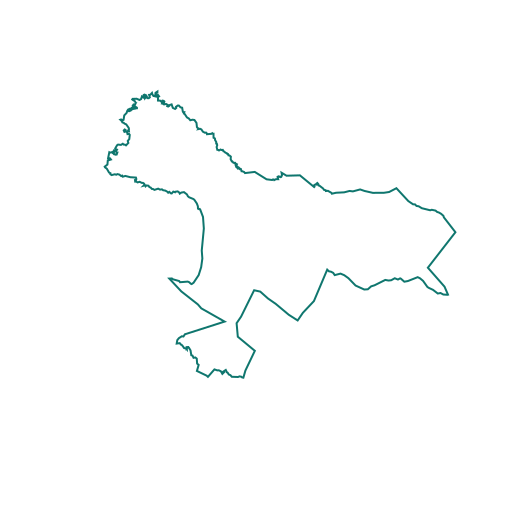 Norðurþing, Norðurland eystra, Iceland (orthographic projection), rotated 300°
{"feature_id": "244011B18729557885943", "entity_name": "Norðurþing", "entity_type": "district", "adm_level": 2, "iso_a3": "ISL", "parent_name": "Iceland", "parent_adm1": "Norðurland eystra", "projection": "orthographic", "projection_center": [-16.378, 66.009], "detail": "fine", "context": "isolated", "style": "outline", "palette": "teal", "viewbox_px": 512, "rotation_deg": 300, "n_neighbors": 0, "source": "geoboundaries", "source_scale": "gbopen_adm2", "svg_char_len": 5997}
<svg xmlns="http://www.w3.org/2000/svg" viewBox="0 0 512 512"><g transform="rotate(300 256 256)"><path d="M347.3,113.1L345.2,112.1L344.3,112.9L342.9,112.4L342.7,109.9L345.1,107.1L342.8,105.1L342.4,105.7L341.5,105.2L341.4,104.2L342.7,104.1L342.7,102.1L341.3,100.6L341.2,100.0L341.4,99.1L341.1,98.4L342.5,98.3L342.7,99.1L342.5,99.7L344.0,99.4L344.2,98.5L343.8,97.3L342.1,97.4L342.6,96.5L342.4,96.2L342.6,95.2L341.6,93.4L344.7,91.6L345.8,92.2L346.5,90.5L345.7,89.7L344.3,90.3L343.6,88.2L344.3,88.9L346.9,87.9L348.2,88.9L349.1,88.4L347.1,87.4L344.8,88.4L343.8,88.1L343.3,87.2L344.2,85.4L345.2,84.4L342.7,83.8L342.1,82.9L340.3,84.7L339.0,84.2L338.4,83.0L339.0,81.7L339.5,81.6L339.3,80.7L340.2,80.4L340.0,78.7L339.4,78.3L337.8,79.8L339.1,80.8L339.2,81.4L337.2,81.0L337.8,80.6L336.9,79.7L336.9,79.0L337.7,79.6L337.4,77.4L334.4,78.0L332.9,77.1L332.5,74.0L330.4,70.6L329.3,70.5L329.0,70.6L329.6,70.7L329.5,73.7L328.5,75.3L327.1,75.5L325.2,74.1L324.3,74.3L324.2,75.0L324.5,74.3L326.7,75.5L325.1,75.6L324.9,78.7L324.4,79.0L323.5,77.7L323.7,77.0L323.1,77.5L322.0,76.2L322.3,75.7L321.5,75.4L322.0,75.0L321.4,74.3L320.4,74.0L320.4,74.9L319.6,74.9L318.1,73.9L317.1,72.0L315.2,72.4L311.9,71.6L307.7,73.2L306.9,72.7L306.8,70.9L306.2,70.4L305.9,71.9L304.9,73.5L305.2,74.9L304.9,75.9L305.1,77.8L303.3,81.7L302.3,82.6L300.4,82.5L301.5,82.8L300.4,83.7L298.7,80.5L299.8,80.0L299.9,80.8L299.9,79.0L298.6,78.7L297.7,80.0L298.9,81.1L298.7,82.5L297.3,83.8L298.3,85.0L297.8,86.1L293.9,87.8L291.5,87.4L290.1,88.9L286.8,88.1L286.9,86.7L286.3,85.7L286.6,84.5L284.7,83.5L283.5,80.8L282.4,80.3L278.8,80.3L278.4,81.5L278.6,82.4L276.5,82.4L275.9,83.7L276.2,84.2L274.2,84.6L273.5,83.7L273.4,83.1L273.6,82.9L273.2,82.1L273.5,81.8L273.5,80.7L274.2,80.7L274.3,79.7L272.5,77.9L272.5,77.1L266.5,79.1L266.4,79.7L267.3,79.9L267.6,80.7L267.0,82.1L264.6,79.9L260.9,81.6L257.7,80.3L257.3,80.9L257.0,83.2L254.8,87.0L254.9,88.6L254.0,89.0L253.9,90.5L256.2,92.9L256.5,94.3L257.6,95.0L258.2,97.0L257.8,99.3L258.7,99.9L258.1,101.0L260.0,102.8L261.4,107.8L263.9,112.8L262.8,113.9L261.6,114.1L261.2,113.3L260.0,114.2L260.6,115.1L260.5,116.6L262.1,118.2L262.2,120.5L262.8,121.5L262.7,122.9L261.1,125.5L262.3,125.8L263.1,127.7L262.4,129.2L262.6,130.6L262.0,132.3L262.5,133.2L262.5,135.0L265.4,137.6L265.5,139.7L266.7,141.2L266.5,142.6L267.3,144.8L267.3,147.3L266.9,148.3L268.2,148.9L267.7,150.9L268.0,151.7L270.4,152.2L270.9,154.9L270.9,154.1L271.4,154.1L272.8,155.9L272.6,157.7L271.9,158.8L273.6,159.6L275.3,161.7L274.8,165.4L273.7,167.1L273.4,168.7L274.0,173.0L273.9,174.4L271.9,178.5L270.0,180.8L268.0,182.1L268.1,183.3L268.6,183.7L268.3,184.5L263.3,190.6L253.7,197.1L233.6,206.3L227.0,210.8L218.9,214.1L210.8,215.9L201.6,215.3L199.5,214.3L199.4,213.3L199.9,211.2L199.7,209.7L195.3,203.3L195.9,202.0L194.3,195.7L194.5,194.4L193.1,192.2L188.0,209.0L185.0,229.9L183.3,234.8L183.5,261.6L152.7,233.6L150.0,233.4L149.4,231.9L146.3,230.3L143.8,229.9L140.5,231.1L142.4,233.5L141.7,235.3L141.9,235.9L141.4,237.5L140.3,239.8L140.9,241.5L140.5,242.8L142.4,241.5L143.0,242.4L142.2,242.5L142.9,242.8L143.0,243.8L141.5,246.5L137.7,249.6L138.0,250.8L136.6,252.8L137.8,254.2L137.5,256.0L133.4,258.8L133.0,260.8L126.9,262.3L127.7,273.1L127.3,274.8L137.0,276.7L137.6,279.7L138.4,280.9L138.6,283.2L137.1,285.8L139.2,286.4L139.2,285.3L142.2,286.8L140.7,289.0L140.8,289.8L139.8,291.6L140.0,293.5L139.3,295.4L142.2,300.9L143.5,301.9L144.1,303.6L143.9,304.7L144.3,305.9L151.5,304.1L173.3,302.4L177.0,280.6L188.1,272.8L196.0,273.4L225.4,271.5L227.3,277.5L225.2,287.6L224.4,297.1L221.5,313.7L221.0,324.3L230.3,325.0L245.9,328.7L279.8,324.5L279.2,326.8L279.9,328.8L280.0,331.3L278.8,333.7L283.0,338.0L283.5,342.0L283.0,347.1L280.2,357.0L281.1,366.5L283.1,369.5L287.3,370.9L289.9,373.3L299.9,379.9L301.0,383.0L302.6,385.2L306.1,387.3L306.6,390.7L308.7,392.0L308.8,392.8L307.9,397.3L310.3,400.1L318.5,406.6L318.7,409.1L318.0,413.1L314.9,419.9L314.8,421.6L315.2,426.2L314.4,432.2L316.2,434.3L316.3,437.5L318.2,441.3L318.5,441.6L323.7,434.6L331.8,410.7L376.3,416.8L383.4,399.4L384.5,398.2L385.1,395.2L385.1,392.5L384.7,390.9L385.1,388.8L383.9,385.1L382.7,384.0L380.3,375.7L380.4,372.0L379.6,370.0L380.2,367.9L379.3,366.2L379.7,360.5L384.9,343.7L378.0,339.3L374.8,335.3L369.1,325.6L366.6,317.5L365.7,312.9L360.4,307.6L359.1,304.5L355.2,300.5L350.8,293.7L347.9,290.6L348.4,289.9L348.4,285.7L347.2,284.0L347.8,283.4L347.3,281.8L348.0,280.4L348.6,276.1L348.4,275.0L349.4,274.1L349.9,272.6L348.8,272.2L348.2,272.9L347.4,271.5L346.0,270.8L345.3,272.0L344.8,271.9L347.8,253.7L340.8,242.3L340.9,236.5L339.0,238.1L337.1,238.3L336.6,237.9L336.7,236.9L336.2,236.6L336.2,235.6L335.3,235.1L333.6,236.8L332.5,234.9L330.8,233.8L331.1,233.1L330.8,232.4L329.9,232.0L327.7,226.8L328.2,212.9L322.3,205.0L322.8,203.8L322.5,201.5L322.2,201.1L323.8,199.3L323.5,198.6L323.7,197.9L323.1,198.0L323.2,196.6L322.8,196.4L323.7,195.2L323.1,195.1L323.2,194.4L324.0,193.5L324.3,194.2L324.4,193.6L325.9,193.6L325.9,192.7L325.3,192.4L326.2,191.4L325.6,190.7L325.8,190.3L325.5,189.6L326.1,188.2L325.8,187.8L327.1,185.7L329.5,184.5L329.8,182.7L329.4,181.8L330.3,180.8L330.0,180.1L330.4,179.6L330.2,177.7L330.6,176.3L330.4,175.4L331.3,174.2L330.5,173.1L330.5,172.1L328.9,171.2L329.0,170.4L328.6,169.4L330.7,167.4L332.6,167.0L333.7,165.9L333.5,165.3L334.9,164.5L336.0,162.5L336.9,162.0L337.3,161.4L337.2,160.1L340.6,158.1L340.3,157.7L340.5,156.7L339.6,156.4L337.0,152.7L337.5,152.4L337.9,151.0L337.2,150.1L337.1,147.9L338.3,145.4L338.2,144.0L337.2,142.8L337.7,142.9L337.7,141.3L338.1,140.4L341.5,137.9L343.0,134.7L342.3,132.9L340.7,131.2L341.5,129.1L341.5,126.9L343.3,123.3L343.3,122.4L344.7,122.0L344.1,121.1L344.5,120.4L347.5,117.9L347.0,116.3L347.7,114.0L347.3,113.1ZM318.8,72.0L317.8,72.0L319.6,72.9L319.1,73.1L319.4,73.4L321.1,73.6L318.8,72.0ZM277.4,80.2L275.6,80.2L275.6,80.9L277.4,80.2ZM323.7,76.0L324.3,75.2L322.9,75.8L323.7,76.0ZM322.7,75.3L322.4,74.6L321.7,73.9L322.3,75.1L322.7,75.3ZM261.5,123.9L261.1,123.6L260.7,123.5L260.9,123.7L261.5,123.9Z" fill="none" stroke="#0f766e" stroke-width="2"/></g></svg>